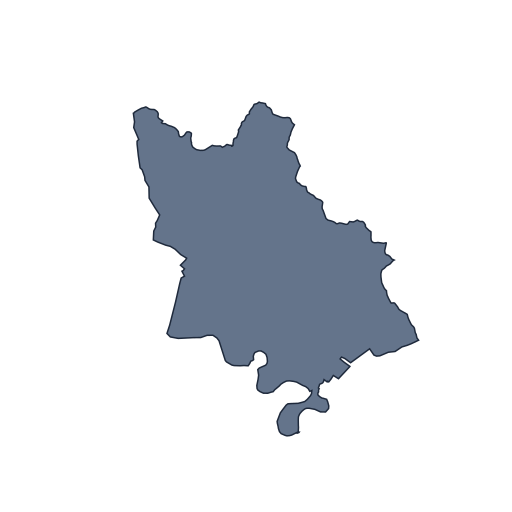 outline of Birchis, Arad, Romania, rotated 214°
{"feature_id": "2599482B17966040812815", "entity_name": "Birchis", "entity_type": "district", "adm_level": 2, "iso_a3": "ROU", "parent_name": "Romania", "parent_adm1": "Arad", "projection": "orthographic", "projection_center": [22.196, 45.958], "detail": "fine", "context": "isolated", "style": "filled", "palette": "slate", "viewbox_px": 512, "rotation_deg": 214, "n_neighbors": 0, "source": "geoboundaries", "source_scale": "gbopen_adm2", "svg_char_len": 6152}
<svg xmlns="http://www.w3.org/2000/svg" viewBox="0 0 512 512"><g transform="rotate(214 256 256)"><path d="M327.2,386.3L328.2,386.3L329.3,385.9L330.7,386.0L332.1,386.6L333.4,387.6L336.4,386.4L337.7,385.7L339.5,385.3L340.4,382.9L342.2,380.9L342.3,380.6L342.3,380.0L341.9,378.3L342.1,375.7L342.2,375.0L342.1,371.8L341.2,370.5L341.0,370.2L341.2,369.4L342.0,368.0L342.2,366.8L342.2,366.0L341.9,364.8L341.4,362.8L341.3,362.0L341.5,361.2L342.2,359.9L342.4,359.4L342.4,358.5L342.2,357.7L341.4,356.5L341.3,356.1L341.4,355.4L341.2,354.8L341.1,350.6L339.9,349.3L339.8,349.0L338.7,345.2L338.3,343.3L339.5,341.6L339.8,340.4L339.6,340.2L339.3,339.2L338.5,337.9L338.2,336.8L337.0,335.0L336.9,334.7L337.1,333.9L337.3,333.7L337.4,334.3L337.8,334.2L339.6,333.2L340.5,332.8L341.9,332.5L342.6,332.0L342.8,331.7L342.9,330.9L343.5,329.1L344.1,328.4L344.6,327.3L346.3,327.4L347.1,327.3L350.0,325.2L352.3,323.9L354.1,323.3L357.3,316.1L358.1,314.8L359.2,313.8L361.4,312.3L362.7,311.8L364.5,311.0L365.9,310.8L369.2,310.9L371.1,311.9L371.9,312.6L372.5,313.3L372.9,314.0L373.8,314.6L376.1,317.3L376.8,319.3L378.0,321.4L378.3,321.6L378.8,321.7L380.3,321.6L380.9,321.5L382.3,320.5L382.7,320.1L382.9,318.8L382.9,316.9L382.9,316.1L383.7,313.9L384.3,313.1L385.4,312.5L386.2,312.4L386.6,312.5L388.7,314.2L389.5,315.2L390.0,315.7L391.8,316.3L394.1,316.8L395.7,316.8L398.7,316.2L400.8,315.5L402.6,315.1L405.1,315.0L407.6,313.6L408.9,313.6L408.8,315.8L412.9,315.7L414.3,316.0L415.1,316.6L416.2,318.6L416.5,319.1L417.3,319.8L418.6,320.4L420.6,320.6L421.8,320.6L422.3,320.5L424.9,318.9L426.0,318.4L427.7,318.1L428.1,318.2L430.1,318.1L430.5,318.0L431.1,317.6L431.4,316.9L433.6,314.4L435.3,311.2L437.1,307.4L437.1,306.5L437.5,306.0L437.9,306.2L431.7,299.3L429.2,294.1L418.4,287.1L418.8,284.7L417.1,282.2L409.5,273.2L401.4,264.3L398.6,263.8L392.6,259.4L390.3,256.6L383.4,253.4L376.9,244.2L366.4,239.4L358.8,236.2L357.7,230.2L357.6,227.0L355.3,223.9L354.7,219.5L350.1,211.9L345.3,212.6L336.9,214.5L332.4,216.1L326.9,216.4L319.3,215.1L312.3,215.4L312.1,213.5L313.5,206.1L308.1,205.4L308.2,203.2L308.9,202.0L304.0,199.3L305.7,195.9L303.9,190.7L296.9,172.7L288.9,150.4L286.5,142.0L281.8,141.0L274.4,144.2L262.4,153.2L256.2,157.5L252.2,162.9L247.4,166.2L242.7,166.2L239.3,165.1L223.0,152.2L221.2,151.7L215.0,152.1L212.9,152.9L207.8,156.1L204.7,158.5L201.1,160.6L201.1,163.3L201.5,165.9L200.4,167.4L200.0,168.7L202.2,171.4L202.9,173.8L202.9,175.5L200.7,178.8L198.7,180.1L195.6,180.4L192.8,180.1L190.0,178.0L187.6,175.0L186.8,173.0L186.9,170.9L189.7,166.5L190.7,164.8L191.0,162.8L187.2,158.7L185.3,154.9L182.9,149.1L181.0,146.7L179.5,145.9L176.9,145.8L173.2,146.4L169.5,148.8L167.3,151.6L165.9,153.1L165.7,155.6L164.8,158.6L164.0,161.4L163.7,163.6L162.5,166.5L160.8,169.4L158.5,171.2L154.7,173.1L151.8,174.2L145.1,174.8L141.8,175.5L138.7,175.3L135.7,173.9L134.5,175.7L133.0,172.9L132.7,170.7L133.3,165.8L134.2,162.6L136.4,160.0L138.6,157.5L144.6,153.1L146.9,151.3L147.6,149.3L147.9,144.4L148.1,139.6L146.0,130.7L144.6,129.1L142.7,127.4L140.8,125.4L138.3,123.5L135.8,122.8L131.5,123.6L129.8,124.2L127.8,125.8L126.3,127.5L123.8,131.9L123.7,131.7L122.6,132.3L121.7,133.7L121.7,134.1L123.0,133.2L122.7,133.9L124.9,137.6L126.2,139.3L129.2,143.6L130.9,146.4L131.3,148.2L131.5,150.0L131.1,153.1L130.4,155.6L129.7,157.1L128.7,158.2L126.8,159.5L121.4,161.8L115.4,162.8L111.1,165.6L110.5,170.1L111.8,172.4L114.9,175.1L117.3,176.7L120.8,175.6L121.9,175.1L124.4,175.0L126.6,175.3L127.5,176.0L128.1,177.2L128.1,178.4L128.5,178.7L129.3,180.1L129.4,181.3L130.4,181.4L130.8,182.4L130.9,183.4L131.4,184.7L131.3,185.8L130.3,187.0L129.8,188.1L129.8,189.7L130.3,190.9L130.5,191.6L126.6,191.4L126.5,192.3L125.3,192.3L125.0,195.7L125.1,200.2L119.0,200.4L116.4,216.7L116.4,217.0L123.3,217.2L128.7,217.7L128.6,220.0L125.0,220.7L117.9,220.4L109.9,242.6L102.8,239.8L100.1,240.4L97.5,242.5L92.5,250.2L87.3,254.6L84.2,262.2L80.7,266.5L78.3,270.0L74.1,277.1L76.8,278.1L78.3,279.5L79.3,280.5L81.1,281.5L84.3,284.7L85.8,285.4L88.4,285.8L89.9,286.5L93.7,288.7L95.7,290.1L97.9,292.1L98.3,292.2L105.7,291.6L107.4,291.7L108.1,291.9L110.2,293.0L114.5,294.4L115.4,294.3L117.6,292.6L117.9,292.6L119.3,293.3L122.5,295.0L124.5,296.3L125.0,296.5L126.1,297.5L127.8,299.3L128.3,300.1L130.6,300.6L131.8,301.1L132.6,301.5L133.8,302.3L136.8,304.1L140.7,308.5L142.5,311.0L143.1,312.5L143.8,314.6L143.5,315.7L142.8,317.5L142.6,318.5L142.3,320.7L141.6,321.9L140.3,324.6L140.1,326.7L139.7,329.0L139.2,329.9L140.5,329.7L141.5,329.4L144.8,330.5L147.4,330.5L148.3,330.0L148.9,330.0L149.8,330.2L150.5,330.6L151.2,331.1L152.3,332.4L155.1,339.4L155.4,339.7L155.6,339.7L157.3,337.9L162.5,335.4L163.6,334.4L164.9,333.4L165.8,333.0L167.1,332.7L167.9,332.8L168.6,333.1L169.5,333.7L170.0,334.3L171.3,335.9L172.0,337.1L174.1,340.2L174.4,340.4L176.6,340.4L180.6,341.1L182.2,341.9L182.5,342.8L184.1,343.6L185.4,344.1L186.1,344.2L187.0,344.1L187.4,344.0L188.3,343.2L189.2,342.8L190.5,342.5L191.9,342.5L192.4,342.0L193.4,340.0L194.4,338.6L197.7,336.9L197.8,334.1L197.9,333.7L198.1,333.4L198.6,332.9L199.7,332.3L203.2,331.1L205.1,330.2L205.4,329.9L206.3,328.6L206.9,328.0L207.8,327.7L209.4,327.9L211.1,327.7L213.4,327.1L215.8,326.2L216.5,326.0L218.9,326.2L225.7,331.2L227.5,332.2L227.9,332.7L228.7,333.7L230.5,337.5L230.7,337.8L231.3,338.1L232.7,338.4L234.1,338.4L236.6,337.7L238.8,337.4L241.6,338.2L242.9,338.3L244.0,338.0L246.3,337.8L247.2,338.0L248.8,337.8L249.3,338.0L251.2,339.2L251.5,339.7L252.5,340.7L253.5,341.4L253.9,341.3L254.6,340.8L256.9,339.9L258.8,339.9L259.5,340.0L260.5,340.5L261.7,340.1L263.1,340.2L263.4,340.1L264.5,340.8L266.5,342.2L267.3,343.7L268.9,349.4L269.7,354.1L269.7,354.9L269.6,355.3L270.8,356.1L272.1,356.7L274.3,358.3L275.1,359.0L276.2,359.7L277.7,361.1L278.7,361.7L279.5,362.2L281.9,363.2L287.7,362.5L290.9,363.3L291.5,363.7L291.6,364.0L292.1,365.6L292.8,366.6L293.0,367.0L293.3,368.1L293.5,370.3L293.7,371.1L294.7,372.6L295.0,373.5L295.2,375.5L296.3,378.3L297.0,381.8L297.5,386.3L299.9,386.5L300.6,386.7L301.6,387.2L304.2,389.0L305.6,389.2L306.9,388.7L307.7,388.2L309.2,386.9L311.1,385.7L313.6,384.8L315.4,384.5L320.9,383.1L321.3,383.1L322.7,383.8L325.0,385.7L327.2,386.3Z" fill="#64748b" stroke="#1e293b" stroke-width="1.5"/></g></svg>